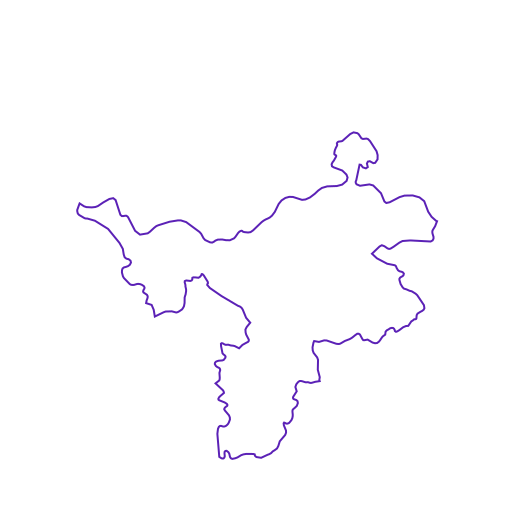 outline of Vilniaus, rotated 228°
{"feature_id": "LTU-1075", "entity_name": "Vilniaus", "entity_type": "County", "adm_level": 1, "iso_a3": "LTU", "parent_name": "Lithuania", "parent_adm1": "", "projection": "mercator", "projection_center": [25.254, 54.825], "detail": "fine", "context": "isolated", "style": "outline", "palette": "violet", "viewbox_px": 512, "rotation_deg": 228, "n_neighbors": 0, "source": "natural_earth", "source_scale": "10m", "svg_char_len": 6154}
<svg xmlns="http://www.w3.org/2000/svg" viewBox="0 0 512 512"><g transform="rotate(228 256 256)"><path d="M413.1,160.1L407.9,161.5L405.8,162.7L402.0,166.5L399.9,169.4L398.9,171.9L398.0,178.4L396.5,185.2L394.5,188.6L391.5,189.1L377.4,182.8L375.5,183.0L374.4,184.2L373.6,185.5L372.8,186.5L371.5,186.9L370.4,186.9L355.6,183.0L349.5,184.1L345.3,190.7L345.0,193.4L345.1,199.2L344.9,202.0L344.2,204.0L339.3,214.7L334.7,221.8L332.7,224.0L327.9,226.8L311.7,230.1L309.2,230.1L304.3,228.9L301.9,228.9L296.9,231.0L295.3,232.4L294.8,234.1L294.6,236.2L293.7,238.6L290.9,241.9L287.8,244.3L285.2,247.1L283.8,251.5L284.0,253.5L285.1,258.2L285.2,260.1L284.6,262.0L283.9,262.5L283.0,262.5L281.7,263.2L278.8,265.8L277.4,267.9L277.0,271.0L277.4,282.8L277.2,285.2L276.7,287.6L276.0,289.7L275.4,292.0L275.3,294.9L276.2,299.5L279.5,307.7L280.2,312.2L279.5,316.7L277.7,320.3L275.1,323.0L266.9,327.8L264.9,330.6L263.4,335.3L262.9,341.3L263.0,346.1L262.5,350.5L260.1,355.5L253.9,362.9L251.4,367.8L251.2,373.6L253.1,376.6L256.0,377.7L261.8,377.3L269.8,373.1L271.8,372.5L273.6,373.6L274.4,375.5L274.8,377.7L276.2,381.8L276.7,382.6L277.2,382.8L278.8,382.3L279.4,382.4L280.7,383.8L281.9,385.5L282.9,387.6L283.8,390.1L284.3,390.8L285.1,391.1L285.7,391.6L286.0,393.0L285.7,394.0L284.2,396.1L283.7,397.2L283.6,407.6L282.6,411.2L279.5,413.5L277.9,413.8L272.9,413.1L271.4,413.8L269.3,416.7L267.9,417.5L265.0,417.6L253.2,415.7L249.6,413.9L246.5,411.0L245.5,406.9L246.5,405.3L250.3,404.0L251.3,402.3L250.5,400.3L247.3,398.6L247.6,396.3L250.4,394.7L253.5,395.0L254.6,394.1L245.2,381.2L244.6,379.9L243.7,379.1L242.0,378.7L238.6,380.3L233.3,388.2L230.0,390.3L219.0,390.9L210.6,387.9L208.2,388.3L206.5,391.3L203.7,402.1L201.5,406.8L196.1,413.0L190.2,416.7L184.2,417.7L173.7,413.6L167.6,412.7L161.4,413.4L160.7,413.8L158.3,409.1L157.3,405.7L156.8,404.2L155.9,403.1L154.6,402.2L151.4,400.7L150.1,399.5L149.4,397.7L149.9,395.5L164.3,381.1L169.1,374.9L170.0,371.5L170.8,364.5L171.4,361.2L171.8,360.2L172.4,359.5L173.7,358.8L177.3,358.0L179.8,356.7L180.4,354.2L180.1,343.7L173.4,344.3L162.5,348.3L156.2,353.0L154.8,353.2L153.0,352.5L150.4,352.0L148.7,352.4L146.6,353.8L145.5,354.2L144.0,354.1L143.1,352.9L142.9,351.5L143.3,350.0L143.5,348.6L143.1,347.3L142.3,346.6L138.4,344.7L134.7,344.0L132.8,344.1L130.5,345.5L127.3,346.9L125.6,348.1L121.2,349.4L119.0,349.6L107.1,347.9L104.5,346.2L103.9,344.7L104.0,342.8L104.5,340.9L105.1,337.5L104.5,335.8L102.2,333.3L102.1,332.7L102.4,332.0L103.1,331.3L103.2,329.1L103.5,327.7L102.2,322.4L103.6,320.6L104.6,317.7L105.0,312.9L105.4,310.7L106.0,309.3L107.3,309.0L108.3,309.6L109.6,309.9L110.8,309.7L111.8,308.7L112.5,307.4L112.8,305.2L113.2,303.9L113.2,302.6L113.0,301.6L111.1,299.4L111.4,296.7L111.3,295.5L110.9,293.8L110.4,291.9L110.1,290.1L110.3,287.8L111.5,286.1L113.7,284.7L119.2,283.0L120.9,280.2L121.7,279.4L123.2,279.5L128.1,280.7L129.5,280.3L130.5,279.2L130.8,276.6L130.9,274.2L131.1,272.1L131.6,269.9L133.4,265.2L134.3,260.8L134.7,259.4L135.6,258.2L137.1,256.9L145.9,252.0L147.7,250.2L150.0,245.3L153.9,242.3L153.2,240.8L150.3,236.9L147.9,235.0L145.5,234.0L139.7,233.6L137.3,232.6L130.1,225.8L123.3,222.3L121.5,220.1L120.4,219.6L122.9,215.8L123.8,213.9L124.5,212.5L125.0,211.8L125.7,211.2L127.4,210.2L128.0,209.5L128.7,208.6L129.5,208.0L131.9,206.6L133.0,205.8L133.8,204.9L134.1,203.7L134.1,202.6L133.7,200.1L132.3,197.6L128.2,195.7L126.5,189.5L125.8,188.5L124.6,188.2L121.9,189.6L120.3,189.7L118.7,188.7L117.3,186.0L117.2,183.1L117.3,181.3L117.0,180.0L115.9,178.9L113.7,177.3L112.5,176.2L111.2,174.5L110.3,172.4L109.8,169.0L110.3,167.3L111.2,166.3L112.5,165.9L113.4,165.4L113.2,164.6L111.5,163.4L106.2,161.5L104.6,160.1L103.5,158.0L102.4,149.7L99.9,145.5L98.9,142.8L99.2,139.8L99.6,137.7L99.4,135.3L99.9,133.1L100.5,131.7L102.6,124.8L106.3,121.8L107.3,121.6L108.4,121.6L109.4,122.3L110.6,121.6L115.4,116.4L117.0,113.9L117.9,111.7L118.7,107.5L119.6,105.2L121.1,102.6L122.5,102.0L124.0,102.2L127.1,103.9L128.7,104.2L130.9,103.8L131.6,102.8L131.5,101.7L130.5,100.6L128.1,98.8L127.4,97.6L127.3,96.4L128.0,95.5L128.7,95.0L131.3,94.3L149.7,108.3L153.0,112.1L153.9,114.1L153.8,115.5L153.2,116.3L151.2,117.5L150.4,118.5L149.9,119.8L149.8,121.4L149.9,122.7L150.4,124.3L151.9,127.2L153.5,128.5L155.6,129.3L162.1,129.5L163.5,129.9L164.1,131.3L164.1,132.8L163.9,134.3L164.4,135.1L165.6,135.4L168.2,134.7L173.5,132.1L174.4,132.0L175.1,132.5L175.7,134.0L175.8,136.0L175.7,139.5L175.7,140.6L177.0,141.3L178.2,141.6L188.4,140.7L188.1,145.4L188.7,146.5L189.9,147.7L193.6,150.6L195.2,153.1L196.6,153.8L197.8,153.6L199.4,152.9L201.2,152.6L203.3,153.1L204.1,154.1L204.3,155.4L203.8,156.9L203.1,158.3L201.0,161.0L200.4,162.4L200.9,165.2L201.8,166.2L203.2,166.3L204.5,166.0L206.1,166.0L212.5,169.8L214.3,171.3L214.1,172.3L213.1,172.9L211.4,173.4L210.2,174.1L208.7,176.0L206.4,177.4L204.5,179.1L203.3,179.9L198.7,181.7L199.0,186.4L198.2,190.0L197.5,192.7L197.8,193.9L198.7,194.7L204.1,196.1L206.1,197.1L208.4,198.9L209.1,200.6L209.5,201.8L210.3,207.1L216.7,207.3L225.1,210.3L227.3,210.6L229.3,210.2L231.0,209.3L249.2,203.6L263.1,200.3L267.2,200.4L267.7,201.2L268.0,202.2L269.2,202.9L276.5,204.2L278.3,204.1L278.9,203.5L278.3,202.3L278.0,200.6L278.3,198.7L280.9,196.4L282.0,195.2L282.4,194.2L281.9,193.6L281.1,192.8L280.9,191.8L281.4,190.5L284.5,187.8L285.0,186.3L284.2,185.4L282.9,184.8L281.6,184.1L280.6,183.2L278.1,181.8L276.7,180.6L274.5,177.9L273.8,176.6L272.9,175.2L268.9,171.5L266.9,168.9L266.3,167.3L265.8,165.3L266.3,161.8L266.7,160.2L267.4,158.9L271.2,156.4L275.2,151.7L276.0,149.7L278.7,140.3L284.5,144.0L289.5,145.7L294.5,142.8L296.1,144.9L297.5,147.5L298.6,148.6L300.2,149.0L304.1,148.0L305.0,148.2L305.9,149.4L306.5,151.3L307.2,152.1L308.6,152.5L311.0,151.9L312.7,151.0L314.0,149.9L314.8,148.9L316.1,146.1L316.7,145.3L317.6,144.4L318.4,143.8L319.6,143.4L328.0,143.1L329.9,143.5L333.4,145.3L335.1,146.9L336.0,148.5L335.9,150.2L335.0,151.9L334.1,154.1L333.9,156.4L334.8,158.7L336.5,159.6L338.9,159.2L340.2,158.2L341.5,157.7L343.1,157.6L345.6,158.7L350.4,161.8L357.1,163.3L375.1,164.2L390.0,159.9L396.7,155.7L397.6,154.7L398.8,153.9L404.9,152.0L406.8,152.0L408.7,153.0L409.8,153.9L412.6,159.1L413.1,160.1Z" fill="none" stroke="#5b21b6" stroke-width="2"/></g></svg>